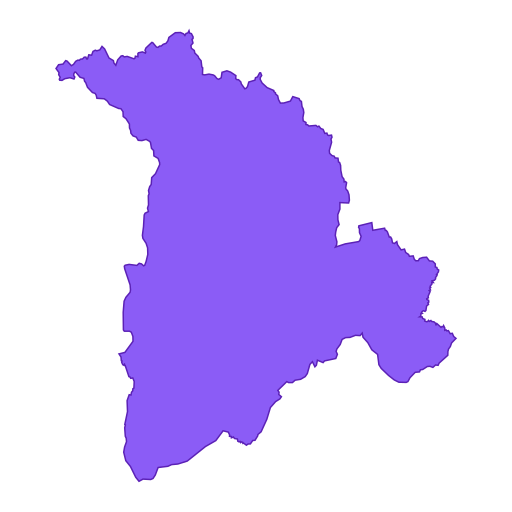 outline of Mueang Uttaradit, Uttaradit, Thailand
{"feature_id": "78962969B38692905391521", "entity_name": "Mueang Uttaradit", "entity_type": "district", "adm_level": 2, "iso_a3": "THA", "parent_name": "Thailand", "parent_adm1": "Uttaradit", "projection": "equal_earth", "projection_center": [100.198, 17.685], "detail": "fine", "context": "isolated", "style": "filled", "palette": "violet", "viewbox_px": 512, "rotation_deg": 0, "n_neighbors": 0, "source": "geoboundaries", "source_scale": "gbopen_adm2", "svg_char_len": 5934}
<svg xmlns="http://www.w3.org/2000/svg" viewBox="0 0 512 512"><path d="M56.0,68.5L59.0,72.6L58.7,74.7L60.2,77.3L59.3,79.2L59.7,80.2L62.0,80.4L64.8,78.7L69.9,77.7L74.0,79.0L74.8,77.0L73.7,75.5L73.8,73.8L74.7,72.2L75.7,72.1L80.1,77.3L83.9,78.4L84.6,81.3L85.7,82.6L87.5,87.3L92.4,92.5L95.1,93.4L96.2,95.2L96.9,98.3L104.3,98.8L107.4,101.2L109.6,104.5L118.7,108.5L120.9,108.7L123.0,111.7L123.2,116.5L126.0,118.7L129.4,124.0L129.5,128.0L130.6,130.4L130.9,133.2L133.0,135.9L136.3,137.1L138.2,140.3L141.9,140.6L146.1,139.4L149.7,141.4L150.5,142.6L151.5,148.4L153.6,150.5L153.9,155.9L158.1,158.4L159.6,162.6L159.7,164.6L155.5,173.7L151.7,177.6L151.2,184.5L149.7,186.6L148.5,190.5L149.1,193.7L148.3,195.7L148.5,205.0L147.5,208.1L148.4,211.6L145.1,213.2L144.2,215.0L143.5,226.7L142.4,235.4L142.9,238.4L146.1,243.3L147.6,247.9L147.8,254.4L146.1,261.5L144.7,265.3L143.6,265.8L141.5,263.9L139.2,263.3L136.9,265.4L129.1,264.4L125.2,265.2L124.3,266.2L124.7,268.8L130.1,284.9L130.5,289.9L130.1,292.3L125.9,297.3L124.1,301.2L123.2,312.3L123.4,329.9L124.3,331.2L129.5,331.2L131.3,332.2L132.9,336.4L133.0,341.3L124.9,352.4L119.0,353.9L121.0,357.0L121.3,360.7L122.0,361.0L121.7,362.4L122.8,364.7L123.5,365.1L124.4,364.3L124.5,365.5L125.2,365.5L128.9,376.6L130.0,377.0L130.7,378.3L132.8,378.0L134.2,381.5L133.9,388.1L132.9,388.7L132.7,390.9L131.5,392.2L131.0,395.0L129.2,394.7L127.1,400.6L127.5,411.6L124.8,424.5L125.4,424.9L124.7,427.7L125.3,436.3L126.2,438.2L126.5,441.7L124.6,447.0L123.7,452.2L125.8,460.7L130.4,466.4L135.7,477.2L139.0,481.3L143.0,479.1L150.7,479.5L153.0,478.5L155.3,475.0L158.1,467.5L167.9,466.3L171.6,464.6L177.9,464.0L187.2,461.1L205.5,446.5L215.8,440.6L223.1,430.8L228.3,432.1L229.6,434.9L229.5,436.3L231.3,436.5L231.4,437.8L233.4,437.0L234.5,438.5L237.4,439.0L237.8,441.2L239.1,441.9L240.0,441.4L240.7,442.6L241.4,441.9L242.8,442.4L242.9,443.4L243.7,443.2L246.4,445.2L248.1,444.0L250.4,443.9L252.7,440.5L255.0,440.3L257.7,435.9L257.9,434.5L261.1,431.8L266.8,419.3L270.4,407.5L275.6,401.6L279.9,398.9L281.4,396.7L278.8,394.5L279.1,392.2L277.8,390.4L286.8,381.6L288.6,382.6L292.4,382.6L295.1,380.2L300.6,379.3L305.2,376.6L307.3,373.6L309.9,364.4L312.4,361.7L314.9,366.8L316.4,365.2L317.4,360.2L323.1,362.6L324.5,360.9L335.8,358.5L337.4,354.3L336.1,351.4L336.9,348.9L340.2,344.5L342.1,339.4L345.6,337.6L350.0,337.4L355.5,335.3L360.1,335.6L362.2,333.1L363.0,337.2L367.8,342.6L371.8,349.8L377.6,354.4L378.9,364.7L381.2,368.4L388.5,375.4L394.2,379.9L398.8,382.2L406.2,382.4L407.9,381.6L410.0,377.7L415.2,372.3L419.5,371.9L420.4,369.8L422.7,369.5L427.3,366.5L429.9,366.3L432.9,367.4L435.5,365.0L438.1,365.3L439.1,363.1L447.8,355.3L447.9,351.5L448.6,348.9L450.3,346.6L451.6,342.9L456.0,338.4L453.7,336.5L452.3,333.3L450.2,333.7L448.4,330.6L446.9,330.9L446.1,329.9L444.8,330.3L444.8,328.0L443.6,325.6L443.1,326.8L442.0,326.5L441.0,327.3L436.9,323.6L436.4,324.7L435.8,324.7L435.9,323.6L434.1,321.9L431.5,321.4L430.9,320.5L429.4,321.4L428.5,320.4L427.7,321.5L426.3,321.7L424.7,321.0L424.9,319.4L422.7,318.5L422.2,316.9L419.7,316.8L420.8,316.1L420.9,313.7L422.3,313.4L421.5,312.6L422.1,311.5L423.5,310.7L425.0,311.4L425.9,310.5L426.6,306.0L428.5,304.4L427.9,302.8L428.8,302.1L428.6,300.3L426.8,299.5L426.7,298.7L428.4,297.8L428.1,296.3L430.1,291.6L429.2,290.5L430.5,290.0L429.7,288.0L430.7,287.5L430.1,286.3L432.0,283.9L431.7,282.4L433.3,282.5L432.1,280.8L434.5,280.2L435.6,278.8L435.5,277.6L436.7,275.9L436.5,274.7L437.2,274.7L437.1,273.7L438.4,271.9L438.7,270.0L437.2,269.0L436.9,267.5L435.3,267.0L435.3,263.9L432.7,261.2L429.4,260.9L426.6,257.2L422.7,257.5L419.5,258.6L418.3,260.7L415.8,260.8L414.3,259.3L413.2,255.9L409.4,256.3L408.6,254.5L405.7,252.5L404.5,249.1L401.1,249.9L397.5,244.7L396.8,241.6L394.4,243.5L392.5,242.8L391.7,238.9L390.6,237.0L389.3,237.1L387.4,231.9L386.2,230.4L385.3,230.4L384.6,228.2L372.8,230.3L371.8,222.6L358.9,225.8L358.6,227.4L359.4,228.7L359.5,232.7L361.1,236.3L359.8,240.6L358.6,241.6L345.2,243.9L335.4,247.1L336.6,244.9L336.9,241.8L335.3,235.5L335.7,232.0L336.7,227.7L339.1,224.6L337.9,219.8L337.8,214.7L339.9,209.1L339.9,202.6L348.6,203.0L349.4,200.2L349.0,194.8L347.7,191.0L345.9,188.9L345.7,187.7L346.6,182.7L345.5,181.5L344.2,181.9L343.9,179.1L342.1,176.7L340.8,170.3L340.6,165.4L339.6,162.5L338.5,162.0L338.0,158.2L335.0,157.9L334.2,156.2L332.0,155.6L329.6,153.3L329.3,150.5L331.6,142.2L331.0,139.1L332.0,137.2L331.5,135.1L328.6,135.5L327.6,135.0L326.9,133.1L324.8,133.4L323.1,129.4L320.8,128.5L318.9,126.1L317.6,126.8L315.9,125.4L308.9,126.0L307.6,124.8L305.9,124.5L306.0,122.5L303.2,120.9L302.9,117.6L303.8,112.6L303.3,109.2L302.0,106.5L301.4,101.4L300.0,100.6L299.1,98.6L292.8,96.6L290.4,101.1L283.8,103.0L280.4,103.1L278.5,99.6L277.7,95.8L275.5,93.9L275.5,92.9L273.8,91.5L273.8,90.5L267.1,87.6L262.1,83.0L260.2,79.4L260.3,77.6L261.7,75.5L260.6,72.8L259.6,72.9L257.5,76.9L255.5,77.7L254.9,80.2L248.8,82.0L247.5,86.6L246.1,88.3L244.8,88.8L241.3,83.9L240.8,81.9L238.5,79.7L236.8,79.6L235.7,78.6L235.9,75.6L230.6,72.1L226.9,70.8L222.0,72.3L221.2,77.8L218.6,79.3L217.0,78.6L214.6,75.7L213.1,74.9L209.0,74.1L204.6,74.9L202.5,74.5L202.7,67.8L201.8,66.8L201.1,60.8L198.8,58.1L198.1,56.3L194.8,53.0L194.3,50.5L191.4,48.3L190.9,45.5L193.0,43.0L192.0,39.3L193.0,38.6L193.1,36.9L191.4,33.6L189.6,33.1L189.0,30.7L187.9,32.9L186.0,33.5L184.9,35.5L183.6,33.9L180.5,32.5L175.3,32.7L168.9,37.4L167.9,40.8L166.1,43.3L163.2,44.3L161.3,46.0L159.5,46.1L158.0,47.4L156.5,47.1L152.7,42.6L151.8,42.4L145.9,48.0L145.0,50.3L145.8,52.0L145.4,53.1L142.4,51.9L138.5,52.8L137.9,53.5L137.9,56.7L135.4,56.2L134.9,58.3L134.0,58.8L127.2,56.4L124.2,56.9L122.8,55.7L121.1,56.0L117.7,59.9L115.8,65.3L113.9,63.0L113.4,60.6L109.0,58.0L104.6,48.9L102.0,46.4L99.8,49.9L96.8,50.8L95.3,50.2L93.0,51.4L91.6,55.2L88.8,54.8L87.5,58.9L86.6,58.9L85.9,57.1L84.2,57.2L82.6,58.9L80.4,59.2L79.4,60.3L77.9,60.1L75.7,61.3L73.5,64.4L71.4,65.7L67.1,61.1L65.7,60.6L63.0,64.1L58.6,64.7L56.0,68.5Z" fill="#8b5cf6" stroke="#5b21b6" stroke-width="1.5"/></svg>